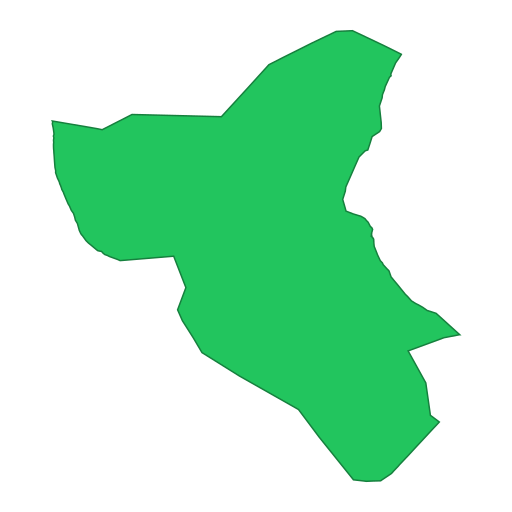 the district of Erdene, Dornogovi, Mongolia
{"feature_id": "93677404B44396439939565", "entity_name": "Erdene", "entity_type": "district", "adm_level": 2, "iso_a3": "MNG", "parent_name": "Mongolia", "parent_adm1": "Dornogovi", "projection": "natural_earth1", "projection_center": [111.283, 44.182], "detail": "fine", "context": "isolated", "style": "filled", "palette": "green", "viewbox_px": 512, "rotation_deg": 0, "n_neighbors": 0, "source": "geoboundaries", "source_scale": "gbopen_adm2", "svg_char_len": 3183}
<svg xmlns="http://www.w3.org/2000/svg" viewBox="0 0 512 512"><path d="M459.7,334.7L459.0,334.0L458.7,333.8L449.1,325.1L446.8,323.0L436.4,313.6L436.2,313.4L435.4,313.1L430.2,311.4L427.6,310.6L427.2,310.5L422.7,307.3L418.5,304.9L418.1,304.7L416.0,303.7L413.7,302.3L413.2,301.9L412.9,301.8L411.5,300.9L411.3,300.7L409.1,298.2L407.5,296.4L405.3,294.3L397.3,284.4L395.1,281.8L393.6,280.0L393.5,279.9L392.9,279.1L392.0,278.0L391.1,277.0L389.9,273.5L389.0,270.9L388.0,269.8L387.6,269.5L385.3,267.0L383.2,264.7L382.4,262.9L380.3,260.7L377.5,254.8L376.8,252.9L374.2,246.4L373.9,243.6L373.8,242.2L373.8,241.2L373.7,241.1L373.7,240.2L373.8,240.0L373.8,239.9L373.6,239.6L373.6,239.4L373.6,239.2L373.5,238.8L373.4,238.6L373.3,238.4L373.2,238.3L373.2,238.2L372.9,238.1L372.7,238.0L372.7,237.9L372.6,237.7L372.4,237.4L372.4,237.2L372.1,237.0L372.1,236.9L372.0,236.6L371.9,236.5L371.7,236.5L371.5,236.4L371.4,236.4L371.2,236.3L371.1,236.2L371.2,235.9L371.3,235.7L371.5,235.6L371.8,235.4L371.8,235.2L371.7,234.9L371.6,234.7L371.4,234.4L371.4,234.2L371.4,233.9L371.5,233.7L371.6,233.8L371.7,233.7L371.6,233.4L371.6,233.2L371.9,232.1L372.6,229.4L371.8,227.7L370.3,226.4L368.9,223.7L368.1,222.2L366.4,220.5L365.7,219.6L364.9,218.6L362.6,217.2L361.3,216.5L360.8,216.2L358.7,215.6L353.1,213.9L346.0,211.1L345.2,208.1L342.7,199.4L345.3,191.2L345.8,187.0L351.4,174.3L355.1,165.8L359.0,157.0L359.3,156.7L362.5,153.5L365.2,150.8L365.4,150.8L365.5,150.7L367.8,150.0L370.2,142.7L372.1,136.6L374.9,134.7L379.6,131.6L381.4,128.5L381.2,122.7L380.5,116.2L379.6,107.9L379.4,106.0L380.4,103.0L382.1,97.9L382.3,96.4L382.3,96.2L382.4,95.1L382.5,94.6L383.3,92.5L384.2,90.3L384.3,90.0L384.4,89.8L385.2,86.6L389.5,77.2L390.0,76.8L391.1,75.8L390.9,74.7L390.8,74.0L395.6,62.9L399.1,57.9L399.7,57.0L400.9,55.1L401.4,54.5L401.4,54.3L383.3,45.3L352.5,30.7L336.2,31.4L312.2,42.9L282.8,57.6L268.9,64.7L249.2,86.4L221.4,116.7L132.0,114.5L102.2,129.7L96.8,128.6L52.3,121.0L52.7,121.9L52.3,123.8L53.2,127.9L53.9,132.9L54.0,134.5L53.6,135.3L53.4,136.2L53.7,137.1L53.9,137.9L53.6,139.3L53.5,140.4L53.7,142.4L53.5,144.2L53.5,146.2L53.6,149.0L53.8,150.6L53.9,152.8L54.2,156.5L54.5,161.3L54.7,163.9L55.0,167.5L55.7,170.8L55.6,172.7L56.5,175.3L57.4,178.0L58.8,180.9L59.4,182.3L59.7,183.7L60.5,185.4L61.4,187.9L61.8,189.4L63.4,192.3L63.9,193.8L66.0,198.9L68.2,204.0L69.4,205.9L71.3,210.3L73.5,213.4L74.7,217.1L75.4,220.2L77.4,223.5L79.3,230.4L80.6,233.2L81.4,234.6L82.4,235.6L86.0,240.6L88.4,243.0L91.0,245.1L94.1,247.7L96.6,249.8L97.8,250.7L100.6,251.3L101.3,251.3L101.7,251.6L102.9,253.0L104.1,254.0L104.7,254.5L105.5,254.8L107.0,255.3L107.7,255.6L109.4,256.5L114.9,258.5L117.7,259.5L120.1,260.6L173.7,256.2L185.9,287.6L177.6,309.8L182.4,320.7L193.2,337.7L202.0,352.6L239.4,376.0L298.5,409.5L319.3,437.3L353.3,479.6L353.4,479.8L363.1,480.9L364.0,481.0L366.2,481.3L373.2,481.0L380.7,480.8L380.9,480.6L382.8,479.3L391.3,473.6L392.4,472.5L393.5,471.2L398.7,465.7L399.3,464.9L401.4,462.7L401.7,462.4L406.1,457.7L407.1,456.7L414.0,449.2L415.3,447.8L417.8,445.1L428.3,433.8L433.5,428.2L435.7,425.9L439.3,422.0L430.4,415.3L425.8,382.9L408.1,350.9L444.0,337.7L459.6,334.7L459.7,334.7Z" fill="#22c55e" stroke="#15803d" stroke-width="1.5"/></svg>